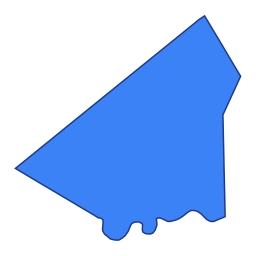 São Bernardo, Maranhão, Brazil (Mercator projection)
{"feature_id": "56859067B43626889758943", "entity_name": "São Bernardo", "entity_type": "district", "adm_level": 2, "iso_a3": "BRA", "parent_name": "Brazil", "parent_adm1": "Maranhão", "projection": "mercator", "projection_center": [-42.405, -3.29], "detail": "fine", "context": "isolated", "style": "filled", "palette": "blue", "viewbox_px": 256, "rotation_deg": 0, "n_neighbors": 0, "source": "geoboundaries", "source_scale": "gbopen_adm2", "svg_char_len": 1070}
<svg xmlns="http://www.w3.org/2000/svg" viewBox="0 0 256 256"><path d="M204.6,15.9L199.6,19.1L164.8,47.3L156.4,54.1L107.5,93.7L83.3,113.3L67.1,126.4L65.4,127.8L45.1,144.3L43.6,145.5L15.4,168.4L40.8,183.6L58.6,194.1L61.9,196.1L79.3,206.4L88.1,211.6L94.3,215.3L98.5,217.9L100.5,218.0L102.8,219.5L103.1,222.3L102.5,229.3L102.9,231.3L104.6,234.1L110.6,239.0L114.4,239.9L117.0,240.1L119.0,240.0L121.7,238.4L125.0,235.8L127.8,231.9L129.0,229.5L130.5,225.6L131.8,223.6L134.1,222.3L137.0,221.9L139.3,222.1L141.4,223.2L142.6,224.3L142.3,230.0L143.0,232.2L145.8,233.7L150.5,234.0L153.0,232.9L155.2,229.9L156.8,225.5L156.8,222.3L156.3,218.8L158.4,217.8L160.9,218.2L164.2,219.7L167.5,221.3L169.4,221.5L173.0,220.8L176.4,219.8L179.3,218.5L182.4,216.5L188.3,211.9L190.3,210.8L192.0,210.4L195.8,210.8L197.7,211.6L199.7,212.8L201.8,214.5L206.2,219.0L207.6,220.0L210.3,221.3L212.2,221.5L213.8,221.4L225.1,216.7L224.7,196.2L224.6,191.6L224.0,166.0L223.9,160.3L223.0,118.5L222.9,114.9L240.6,76.3L229.3,57.4L225.9,51.5L204.6,15.9Z" fill="#3b82f6" stroke="#1e3a8a" stroke-width="1.5"/></svg>